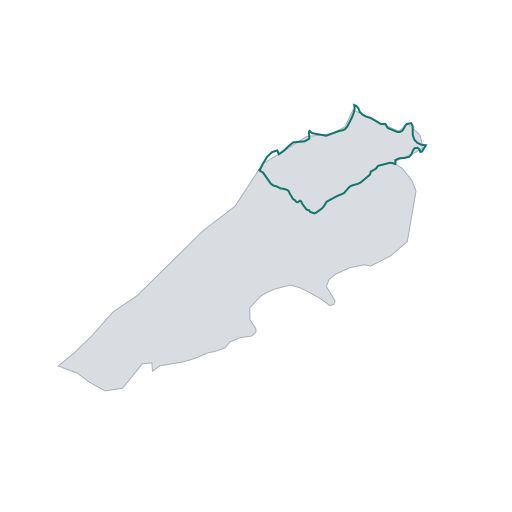 North Lebanon highlighted on a map of Lebanon, rotated 26°
{"feature_id": "LBN-3023", "entity_name": "North Lebanon", "entity_type": "Province", "adm_level": 1, "iso_a3": "LBN", "parent_name": "Lebanon", "parent_adm1": "", "projection": "equal_earth", "projection_center": [36.058, 34.42], "detail": "fine", "context": "in_parent", "style": "outline", "palette": "teal", "viewbox_px": 512, "rotation_deg": 26, "n_neighbors": 0, "source": "natural_earth", "source_scale": "10m", "svg_char_len": 2493}
<svg xmlns="http://www.w3.org/2000/svg" viewBox="0 0 512 512"><g transform="rotate(26 256 256)"><path d="M279.2,82.1L309.7,82.2L329.3,81.2L335.0,70.6L350.3,75.4L358.9,85.7L351.2,96.5L340.3,108.9L340.9,112.1L349.0,113.1L362.9,119.8L371.4,127.6L385.6,176.6L376.9,196.8L363.4,214.8L357.3,216.4L345.4,225.4L335.4,237.6L331.9,245.3L332.7,252.6L346.8,261.7L347.2,265.3L344.3,268.2L332.9,266.2L318.2,265.3L309.5,265.3L299.4,267.1L286.6,278.2L280.8,285.5L277.7,290.2L273.1,305.3L278.3,315.7L287.9,321.5L289.3,324.5L287.2,329.8L277.6,336.3L270.4,344.3L268.3,352.4L260.3,360.3L255.3,364.0L245.9,374.8L236.6,383.4L217.7,396.9L213.4,404.9L209.3,397.7L201.1,402.6L194.1,433.2L179.6,443.4L161.6,442.5L146.6,439.6L126.4,441.6L134.7,423.7L143.2,400.6L151.8,369.4L166.6,343.6L197.6,255.9L215.3,220.5L221.7,170.3L249.1,126.5L269.6,113.5L279.4,101.0L279.2,82.1Z" fill="#d9dde1" stroke="#a8b0b8" stroke-width="1"/><path d="M337.2,68.6L339.8,70.4L343.9,78.6L347.4,82.1L351.6,83.6L355.9,83.5L360.1,82.0L359.4,89.3L358.2,90.4L356.3,88.7L353.8,87.9L351.2,89.7L350.8,92.5L351.1,95.9L350.3,99.5L346.9,102.5L342.1,105.3L339.2,108.7L340.9,112.3L337.2,112.8L335.0,113.8L334.6,114.3L326.8,120.9L326.1,121.9L325.9,122.2L325.8,122.6L325.8,123.1L325.7,124.1L325.6,124.6L325.4,125.2L322.1,129.9L322.8,132.7L322.6,133.3L317.8,144.1L316.9,145.3L315.5,146.9L311.9,150.0L310.4,151.7L309.8,152.7L309.5,153.4L307.5,161.0L302.2,167.1L295.7,176.2L295.1,182.2L294.5,184.2L290.9,191.0L290.2,191.8L289.8,192.1L289.3,192.2L285.3,192.6L283.6,191.6L282.5,192.0L281.3,192.0L280.2,191.7L274.3,188.6L273.3,187.6L273.0,187.4L272.1,187.0L271.6,186.9L271.2,187.1L270.8,187.8L270.3,188.9L270.0,189.3L269.6,189.6L269.1,189.7L268.6,189.7L267.3,189.2L266.3,188.7L265.0,188.7L264.0,188.4L260.5,186.0L259.2,185.3L257.0,183.4L256.0,183.1L254.7,183.0L252.4,183.3L250.2,183.9L248.9,184.4L248.2,184.5L243.8,184.4L241.3,185.0L240.7,185.0L237.5,184.5L225.9,178.0L221.4,177.5L221.2,177.4L221.7,176.4L221.8,169.1L222.6,161.8L224.8,155.7L228.9,151.8L231.9,154.5L234.7,149.6L237.4,142.3L239.7,137.5L249.4,131.7L252.5,127.1L249.3,121.5L249.3,120.1L252.6,121.0L266.4,117.1L275.8,107.3L278.6,105.1L280.4,103.0L281.3,99.8L281.5,88.9L281.0,84.0L279.9,79.9L278.1,77.3L280.3,77.2L281.8,77.7L283.1,78.3L286.1,81.0L289.9,82.2L293.9,82.4L298.5,81.6L302.9,82.0L310.5,82.6L311.3,82.3L313.4,80.9L314.4,80.6L315.3,81.1L317.4,82.7L318.4,83.2L329.0,82.5L330.7,81.6L332.3,79.8L332.9,77.6L333.0,73.1L333.6,71.3L337.2,68.6Z" fill="none" stroke="#0f766e" stroke-width="2"/></g></svg>